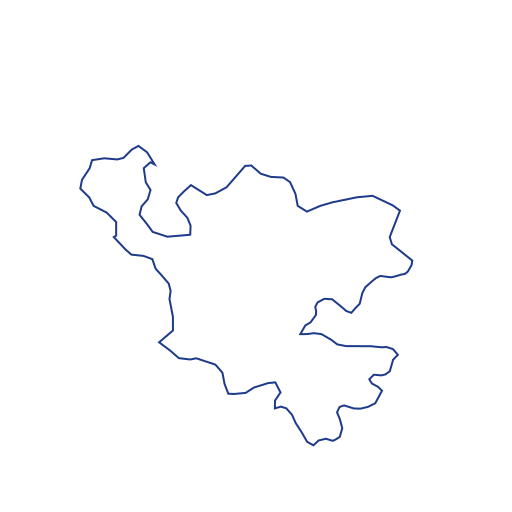 Hwaseong-si, Gyeonggi, South Korea (Robinson projection), rotated 221°
{"feature_id": "91817680B58085958229296", "entity_name": "Hwaseong-si", "entity_type": "district", "adm_level": 2, "iso_a3": "KOR", "parent_name": "South Korea", "parent_adm1": "Gyeonggi", "projection": "robinson", "projection_center": [126.871, 37.138], "detail": "fine", "context": "isolated", "style": "outline", "palette": "blue", "viewbox_px": 512, "rotation_deg": 221, "n_neighbors": 0, "source": "geoboundaries", "source_scale": "gbopen_adm2", "svg_char_len": 1998}
<svg xmlns="http://www.w3.org/2000/svg" viewBox="0 0 512 512"><g transform="rotate(221 256 256)"><path d="M375.7,177.0L358.9,175.3L350.9,175.3L341.1,182.2L332.2,185.6L323.3,180.5L315.3,179.6L303.7,177.9L297.5,173.6L293.0,166.7L278.8,155.6L269.8,145.3L272.5,127.3L258.8,128.3L247.2,128.3L237.8,134.7L234.0,139.6L215.3,147.4L204.8,145.9L195.8,138.8L186.5,133.9L181.8,137.7L174.0,145.9L171.3,155.3L163.5,168.0L158.5,173.3L148.0,169.1L146.8,159.4L141.8,153.4L138.3,158.7L133.2,160.9L124.6,159.8L116.5,156.0L105.2,152.7L95.5,149.3L88.5,150.8L87.7,157.9L83.4,163.9L76.8,166.9L75.6,169.5L74.1,174.4L77.9,182.6L85.7,187.9L92.3,191.2L93.9,196.9L91.5,201.0L82.2,205.1L77.1,209.2L72.5,215.6L69.4,223.1L72.5,237.0L77.9,237.3L84.9,235.8L89.6,237.3L89.2,243.7L83.0,248.2L80.6,251.6L79.4,256.8L84.5,267.7L84.1,274.5L91.5,275.6L97.7,273.0L101.2,269.6L110.2,263.2L128.9,247.1L136.7,242.6L143.7,242.2L155.3,240.0L161.6,235.8L166.2,230.6L171.3,226.1L173.2,235.8L171.3,241.8L172.1,250.8L174.4,253.8L177.9,256.5L179.1,261.3L176.4,268.5L170.1,273.3L157.7,273.7L151.8,273.7L146.8,275.6L146.8,282.0L146.4,288.0L149.1,293.2L151.4,297.7L153.0,304.1L151.8,313.5L151.0,318.0L149.1,322.5L145.2,325.1L140.1,328.5L137.4,332.2L134.3,337.1L131.9,340.1L131.2,343.9L132.7,351.4L135.1,355.1L161.1,354.0L167.5,358.0L177.1,384.7L186.1,383.9L207.5,377.9L218.2,366.7L233.3,347.0L240.5,335.8L246.7,322.9L257.4,321.2L267.2,328.9L278.8,334.1L286.8,333.2L296.6,325.5L306.4,321.2L318.9,321.2L323.3,316.9L323.3,306.6L323.3,288.6L327.8,276.5L333.1,269.7L351.6,266.8L352.7,258.0L353.3,249.2L351.0,243.7L342.4,240.9L332.8,239.8L325.3,236.0L319.6,228.9L327.0,221.2L335.6,212.4L349.8,206.4L359.5,208.6L370.9,210.7L374.9,218.4L374.9,227.8L378.9,236.6L387.5,239.3L398.3,248.6L397.2,257.4L392.6,258.6L406.2,262.8L416.9,262.0L419.5,255.1L420.4,243.1L424.0,237.9L434.6,230.2L442.6,220.8L439.1,213.0L437.3,199.3L432.8,191.6L420.4,190.8L411.4,187.3L397.2,190.8L383.8,189.9L374.9,179.6L375.7,177.0Z" fill="none" stroke="#1e3a8a" stroke-width="2"/></g></svg>